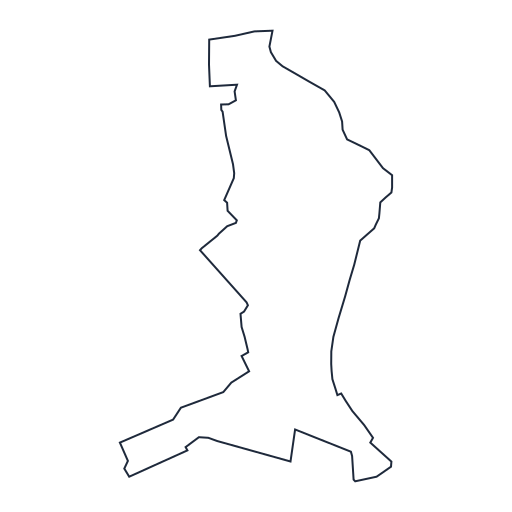 the district of Rupea, Brasov, Romania
{"feature_id": "2599482B2860524053107", "entity_name": "Rupea", "entity_type": "district", "adm_level": 2, "iso_a3": "ROU", "parent_name": "Romania", "parent_adm1": "Brasov", "projection": "albers", "projection_center": [25.275, 46.017], "detail": "fine", "context": "isolated", "style": "outline", "palette": "slate", "viewbox_px": 512, "rotation_deg": 0, "n_neighbors": 0, "source": "geoboundaries", "source_scale": "gbopen_adm2", "svg_char_len": 1336}
<svg xmlns="http://www.w3.org/2000/svg" viewBox="0 0 512 512"><path d="M374.2,228.3L375.8,224.6L378.9,218.3L379.4,213.4L380.3,202.4L385.8,197.3L391.4,192.5L392.1,187.5L392.1,175.2L383.0,168.2L369.3,150.2L361.0,146.1L347.1,139.4L342.6,129.7L342.1,121.5L339.2,112.4L334.2,101.9L324.7,90.4L308.8,81.4L305.7,79.6L282.6,66.3L276.1,60.9L270.9,52.2L269.4,46.6L272.5,30.7L254.4,31.4L235.0,35.8L209.2,39.6L209.0,64.6L209.9,86.3L237.0,84.7L234.6,91.4L235.9,100.3L228.6,104.3L221.1,104.5L221.3,109.9L222.6,111.7L226.1,135.9L233.0,164.2L234.2,173.2L233.8,178.2L224.2,200.1L227.1,202.7L227.6,210.8L236.8,220.3L235.9,222.9L227.2,226.2L218.9,233.7L217.4,235.6L201.8,248.2L200.0,250.2L246.6,302.4L247.9,305.3L244.0,311.6L240.5,313.8L241.6,327.0L244.6,336.8L247.6,349.3L248.2,352.3L241.6,356.0L249.1,371.3L231.3,382.6L223.3,392.1L180.9,407.7L173.1,419.6L119.9,442.6L127.9,460.9L124.3,468.6L129.2,476.7L187.4,450.4L185.6,447.1L198.9,437.2L208.3,437.8L217.1,441.0L290.5,461.5L295.1,429.5L350.9,451.7L352.1,456.0L353.6,479.6L355.2,481.3L376.6,476.7L391.0,466.7L391.4,461.6L370.3,442.6L373.0,437.8L364.2,425.1L352.4,411.1L345.7,400.9L341.2,393.5L337.4,395.1L335.5,388.9L332.4,379.2L331.6,371.0L331.2,363.9L331.3,351.3L333.4,336.8L338.6,318.0L345.1,296.5L349.7,279.8L354.2,264.8L360.2,240.6L374.2,228.3Z" fill="none" stroke="#1e293b" stroke-width="2"/></svg>